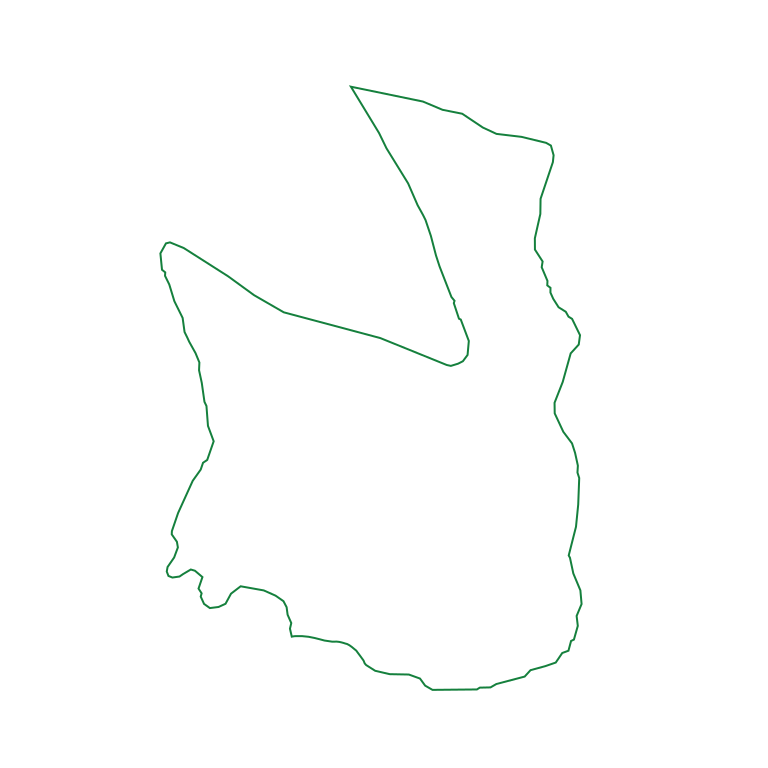 the district of Usumatlán, Zacapa, Guatemala, rotated 15°
{"feature_id": "79465075B70422154839704", "entity_name": "Usumatlán", "entity_type": "district", "adm_level": 2, "iso_a3": "GTM", "parent_name": "Guatemala", "parent_adm1": "Zacapa", "projection": "robinson", "projection_center": [-89.805, 15.005], "detail": "fine", "context": "isolated", "style": "outline", "palette": "green", "viewbox_px": 768, "rotation_deg": 15, "n_neighbors": 0, "source": "geoboundaries", "source_scale": "gbopen_adm2", "svg_char_len": 2229}
<svg xmlns="http://www.w3.org/2000/svg" viewBox="0 0 768 768"><g transform="rotate(15 384 384)"><path d="M612.8,614.8L622.0,608.6L625.8,597.7L631.2,593.9L631.2,583.8L633.6,581.7L633.8,567.5L630.1,558.2L631.8,545.4L627.1,532.5L615.9,518.0L608.6,503.7L606.8,501.8L606.4,472.2L602.8,450.2L596.9,424.3L593.8,419.5L592.4,412.7L586.4,401.1L581.0,392.7L569.6,383.8L556.5,368.2L553.6,358.0L556.1,335.8L556.4,306.1L561.9,295.5L560.7,286.1L548.8,272.4L544.8,271.2L540.9,267.2L532.8,264.7L525.4,257.9L521.1,252.6L519.9,248.0L516.2,246.5L515.2,242.1L506.1,230.4L505.5,224.6L495.0,215.1L492.0,204.2L491.0,179.3L487.3,164.6L489.7,126.0L488.6,119.1L483.5,110.5L478.2,109.1L452.8,109.7L427.9,113.3L413.1,110.7L389.6,102.7L369.6,104.0L348.5,101.1L275.1,105.4L314.3,142.9L325.4,155.7L355.4,184.0L370.2,202.6L378.0,210.7L381.7,214.9L391.0,228.9L400.9,246.3L407.2,256.0L426.6,282.5L430.6,285.4L430.5,287.8L439.5,301.5L441.5,301.9L454.8,320.5L457.2,334.3L454.3,341.6L450.3,345.2L443.9,349.2L439.7,349.4L368.6,340.6L268.6,340.7L235.4,331.8L205.5,320.3L155.4,304.5L140.6,302.6L137.0,304.6L134.2,315.7L140.0,331.1L143.8,332.8L144.5,336.2L150.8,343.4L160.1,358.3L172.4,372.3L177.9,385.4L182.0,390.1L184.9,393.6L194.0,403.0L200.1,411.0L201.8,418.6L207.7,430.1L215.2,447.7L218.2,451.2L224.8,470.0L234.3,483.4L232.9,503.1L229.6,506.9L229.1,514.1L224.3,527.0L218.5,561.9L217.2,581.0L217.9,584.2L224.8,590.0L227.2,595.2L226.2,605.9L222.3,616.8L222.7,621.4L225.5,625.2L229.7,625.7L236.3,622.9L239.3,619.4L245.4,613.2L249.7,613.3L258.6,617.5L257.8,629.6L262.0,633.4L262.0,636.8L267.1,643.0L273.8,645.5L281.9,642.2L287.8,637.3L290.5,626.1L297.9,616.5L321.3,614.5L334.0,616.5L343.1,619.8L347.7,624.8L350.6,631.8L356.3,638.9L356.5,644.7L360.3,651.9L362.7,650.8L365.0,650.1L367.0,649.6L370.4,648.7L376.5,647.7L382.6,647.3L388.4,647.2L392.9,647.2L396.3,646.8L400.7,646.3L404.9,645.1L407.4,644.7L409.7,644.6L411.8,644.6L413.7,644.7L415.7,644.7L418.2,645.3L420.9,646.3L424.4,647.9L426.2,648.7L428.3,650.4L431.1,652.6L435.8,656.4L437.7,658.9L439.5,660.1L449.7,663.3L464.6,662.8L483.2,658.2L495.0,659.2L501.8,664.7L510.0,666.9L552.8,655.0L555.1,652.5L565.4,649.5L570.2,644.7L595.6,630.2L599.6,622.5L612.8,614.8Z" fill="none" stroke="#15803d" stroke-width="2"/></g></svg>